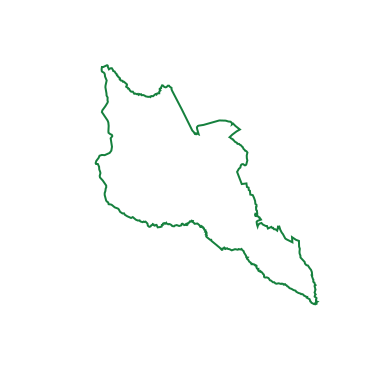 Fonseca, La Guajira, Colombia (Natural Earth projection), rotated 159°
{"feature_id": "7082276B74477010851757", "entity_name": "Fonseca", "entity_type": "district", "adm_level": 2, "iso_a3": "COL", "parent_name": "Colombia", "parent_adm1": "La Guajira", "projection": "natural_earth1", "projection_center": [-72.81, 10.843], "detail": "fine", "context": "isolated", "style": "outline", "palette": "green", "viewbox_px": 384, "rotation_deg": 159, "n_neighbors": 0, "source": "geoboundaries", "source_scale": "gbopen_adm2", "svg_char_len": 6064}
<svg xmlns="http://www.w3.org/2000/svg" viewBox="0 0 384 384"><g transform="rotate(159 192 192)"><path d="M116.0,43.0L116.0,43.5L115.5,43.7L115.6,44.5L114.3,44.7L115.3,45.7L114.8,47.1L114.1,47.7L113.8,48.5L115.0,50.4L114.0,51.8L113.3,52.0L113.6,54.2L112.2,55.9L112.1,56.4L111.7,56.6L111.3,60.3L110.0,60.8L110.4,61.7L110.2,63.6L110.7,64.1L110.9,64.8L110.1,66.8L110.3,67.2L110.2,70.3L109.8,70.8L110.1,71.6L109.5,71.8L108.8,74.3L108.8,76.6L109.5,78.9L110.1,81.8L111.4,82.7L112.2,84.7L111.9,86.3L114.2,92.0L113.6,93.7L113.6,96.0L113.1,97.6L111.7,100.4L111.6,102.6L109.7,108.0L112.0,110.0L114.8,114.0L116.3,109.1L120.8,114.0L121.6,115.2L122.2,120.1L122.8,122.0L123.1,125.1L122.9,128.5L124.1,128.7L124.2,128.2L124.3,128.4L126.3,125.4L127.4,127.2L128.8,127.9L129.1,129.4L129.9,129.5L130.4,131.0L134.2,130.7L134.2,133.4L135.4,133.9L137.5,136.2L138.3,138.2L140.6,138.3L142.5,137.1L143.1,136.3L143.0,138.3L142.4,140.9L142.0,141.3L140.6,141.6L137.5,141.5L137.7,142.5L138.3,143.2L138.0,143.9L138.2,144.3L138.7,144.6L139.2,145.8L141.3,146.8L141.4,147.6L141.3,148.2L140.6,149.0L139.1,147.9L138.8,148.5L138.1,151.4L138.5,152.3L137.6,155.1L137.0,155.2L136.4,156.9L137.1,158.2L136.3,161.0L136.2,164.5L136.4,167.3L138.5,168.7L137.5,172.4L138.3,173.5L137.6,175.8L138.9,177.0L138.1,180.5L142.7,181.6L142.7,194.6L139.9,196.9L138.1,197.5L137.0,199.2L136.2,199.8L135.3,200.0L134.3,199.7L133.2,198.0L132.4,197.8L131.5,198.2L129.0,201.7L128.7,203.9L127.8,206.5L126.1,209.0L126.6,210.6L127.7,211.7L127.7,212.4L128.4,213.6L128.6,215.9L129.1,216.5L129.4,217.8L130.5,219.1L130.8,220.0L132.3,220.7L132.5,221.9L133.9,223.5L134.9,226.4L135.3,226.5L135.5,227.2L136.5,228.3L136.8,229.3L137.2,229.7L133.9,231.1L128.7,232.6L124.9,233.2L127.8,238.1L129.1,241.1L130.3,240.8L129.9,241.3L130.2,241.6L130.0,242.0L130.8,243.8L132.8,244.8L134.9,246.5L140.8,249.0L157.2,250.5L161.8,251.5L162.9,251.5L164.2,250.7L164.6,249.2L165.1,243.5L166.4,244.8L167.3,244.4L168.2,244.9L167.7,245.6L168.7,246.1L168.8,247.1L169.7,249.3L171.9,272.7L174.3,293.8L174.3,295.3L173.8,296.5L175.2,298.6L175.3,299.4L176.3,299.9L178.3,299.1L179.2,299.2L180.2,300.0L181.1,302.0L181.7,302.3L183.5,300.6L183.7,300.0L185.1,300.0L185.4,299.4L185.1,298.1L186.5,297.6L187.2,295.9L189.0,296.5L190.2,295.7L190.5,296.4L191.0,296.5L194.0,295.4L195.7,296.2L196.8,295.5L197.5,296.2L198.8,296.5L201.1,298.0L201.6,298.9L202.8,300.0L204.3,300.4L204.5,301.5L205.3,301.6L205.9,302.2L206.9,301.8L207.3,303.0L208.2,302.9L209.8,304.3L210.7,304.4L211.3,306.9L212.8,307.4L213.6,309.0L213.8,310.9L214.6,311.4L214.5,312.3L215.7,313.6L215.7,314.0L214.3,315.2L214.2,315.9L216.0,319.3L216.9,319.6L217.0,320.7L218.3,321.4L218.6,322.3L219.1,322.8L219.1,323.4L218.6,323.7L218.6,324.3L219.8,326.4L219.8,327.6L220.3,327.9L220.1,329.2L220.6,329.9L221.1,332.3L222.2,333.2L222.1,334.3L222.5,336.3L223.9,336.7L225.6,336.3L225.7,338.9L225.4,340.2L225.9,340.8L230.1,340.5L231.3,341.0L232.4,339.0L232.9,337.2L232.7,336.4L231.7,335.3L231.2,334.1L231.3,332.8L231.8,331.0L231.7,326.7L234.5,322.5L235.3,320.9L236.5,314.8L237.2,312.6L236.9,310.5L238.0,307.9L238.2,306.5L238.8,305.7L242.2,303.1L246.4,300.4L247.5,298.9L245.2,289.0L245.2,286.9L246.1,283.6L248.3,278.6L248.7,277.2L247.5,275.2L246.4,274.2L246.3,273.1L246.5,272.6L248.7,271.3L250.5,262.9L252.5,259.5L254.9,258.0L260.3,257.7L262.9,258.9L265.3,259.0L267.1,257.2L270.1,255.4L271.6,253.5L271.5,252.5L269.9,251.9L269.7,248.9L270.5,246.3L270.5,244.0L270.7,242.5L272.4,240.1L272.7,238.5L271.2,234.7L269.8,228.8L270.4,227.1L271.4,226.1L272.5,224.0L273.9,222.3L274.6,220.5L275.2,215.0L275.0,213.8L274.0,212.3L274.2,210.5L272.2,209.4L271.5,208.7L269.6,205.3L267.1,203.1L266.6,202.1L266.2,199.2L264.6,196.9L263.1,196.4L262.9,194.9L261.2,192.6L258.2,189.6L256.3,189.8L254.3,186.2L252.7,184.7L251.1,184.3L251.0,183.5L250.5,182.8L248.8,181.5L247.7,181.7L247.2,181.1L246.0,181.0L244.9,178.5L245.3,176.4L244.4,174.8L243.1,174.7L241.9,175.5L240.6,175.6L240.1,176.1L239.5,175.4L239.7,174.8L238.8,173.9L237.5,174.2L236.9,174.0L236.7,171.3L234.3,170.7L232.7,170.6L232.0,172.0L231.1,171.7L230.5,172.8L229.9,173.0L228.8,172.8L228.6,172.0L227.3,172.4L227.4,171.8L226.0,170.9L225.8,170.4L224.4,170.1L223.0,168.5L222.9,167.7L222.1,166.9L221.0,166.4L220.3,166.8L218.1,166.6L216.2,164.9L214.1,164.7L213.0,165.9L212.4,165.9L212.1,165.7L212.0,165.0L211.4,164.6L211.2,163.9L210.4,163.7L209.4,164.1L209.4,163.4L208.6,162.9L208.0,163.1L208.3,164.1L207.1,164.4L206.3,164.2L204.5,165.3L203.9,164.8L202.7,165.4L202.1,164.9L202.3,164.5L201.7,164.4L202.1,163.8L201.2,162.3L201.0,161.4L198.2,160.6L196.9,158.2L196.8,157.1L196.0,157.0L196.4,156.2L195.8,155.9L194.9,156.1L194.2,154.9L194.3,154.4L194.1,154.1L194.3,154.0L193.9,153.3L194.1,152.5L193.1,151.4L193.7,150.6L193.4,150.6L193.5,150.1L193.1,149.8L193.6,148.7L193.1,148.4L193.3,148.0L193.6,148.2L193.9,147.8L193.9,147.1L194.3,147.0L193.8,146.2L194.6,145.6L194.5,144.8L192.2,140.9L191.2,140.5L191.4,139.5L186.1,130.1L184.9,127.3L184.4,127.2L183.8,128.3L183.1,128.0L181.8,128.6L181.4,128.0L181.6,127.1L181.3,126.8L179.4,126.9L178.9,126.0L177.4,125.1L175.8,123.3L172.3,123.2L169.9,121.7L168.9,122.0L167.5,121.0L166.2,121.1L165.9,119.8L165.0,118.3L165.1,116.6L164.4,113.2L164.7,111.7L163.5,110.9L164.5,110.4L164.5,109.7L163.8,108.5L163.5,106.5L162.6,105.2L162.6,104.5L162.2,104.2L162.3,103.3L161.1,103.1L160.9,102.5L160.0,102.2L158.7,100.7L159.1,100.5L158.3,99.6L158.8,99.0L158.8,97.6L158.4,97.1L158.4,96.3L157.6,96.3L158.1,94.5L156.9,93.2L156.5,93.6L156.2,93.1L156.4,92.7L155.4,91.8L155.0,89.9L154.6,89.4L154.6,88.2L155.1,87.1L155.0,86.5L154.3,85.9L152.8,85.5L151.6,84.4L151.3,83.8L150.9,81.7L150.1,81.1L148.7,78.7L147.6,78.3L146.9,76.8L146.0,76.1L143.8,75.7L141.8,74.2L141.4,74.4L140.5,74.0L140.0,73.6L139.8,72.9L139.2,72.9L139.1,72.5L138.1,72.5L137.9,71.7L137.1,70.9L136.9,69.9L136.1,69.1L135.4,67.3L133.8,65.9L132.3,64.0L130.7,62.8L130.4,61.5L128.8,59.6L126.9,58.1L126.8,57.6L125.6,57.1L124.8,56.2L124.7,55.3L123.0,53.5L122.8,52.8L122.3,52.7L122.7,52.2L120.6,49.7L120.8,47.5L120.4,47.2L120.2,45.8L118.2,43.6L117.3,43.9L117.0,43.0L116.0,43.0Z" fill="none" stroke="#15803d" stroke-width="2"/></g></svg>